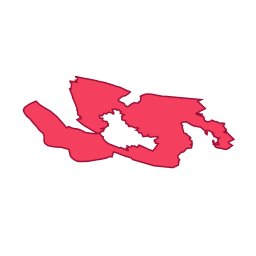 the district of Salaspils pag., Salaspils, Latvia, rotated 12°
{"feature_id": "27541924B60067262699330", "entity_name": "Salaspils pag.", "entity_type": "district", "adm_level": 2, "iso_a3": "LVA", "parent_name": "Latvia", "parent_adm1": "Salaspils", "projection": "natural_earth1", "projection_center": [24.381, 56.873], "detail": "fine", "context": "isolated", "style": "filled", "palette": "rose", "viewbox_px": 256, "rotation_deg": 12, "n_neighbors": 0, "source": "geoboundaries", "source_scale": "gbopen_adm2", "svg_char_len": 5867}
<svg xmlns="http://www.w3.org/2000/svg" viewBox="0 0 256 256"><g transform="rotate(12 128 128)"><path d="M184.8,151.0L184.8,150.9L184.6,149.9L184.4,149.5L185.1,148.7L185.0,148.2L184.0,147.5L183.3,146.9L182.7,145.7L182.7,145.1L182.8,143.9L184.4,142.0L185.0,140.8L187.4,139.8L189.4,136.0L194.2,134.2L194.2,132.4L193.5,131.5L192.9,131.3L193.2,131.0L194.1,130.9L194.1,130.6L193.9,129.7L193.3,128.2L193.4,127.6L191.7,127.1L190.3,125.8L191.4,124.8L191.5,124.7L191.3,124.5L190.6,123.9L187.9,122.8L186.3,121.5L183.7,121.3L180.9,116.0L180.9,114.4L178.7,112.6L179.5,111.3L181.8,110.4L183.6,110.1L184.1,109.9L190.0,111.9L191.5,112.2L192.8,112.3L198.8,112.1L203.0,114.3L204.6,114.7L204.2,115.3L204.4,116.7L205.8,117.8L206.6,118.1L206.6,116.0L206.1,115.8L205.8,115.3L205.7,114.3L205.9,114.0L207.6,113.8L209.0,114.1L212.5,115.3L211.8,116.2L212.2,116.5L213.4,117.1L213.1,117.3L213.9,118.5L214.6,118.3L215.7,118.6L217.3,119.3L218.2,119.2L218.8,118.8L219.3,118.7L219.1,119.1L218.3,120.1L218.2,120.6L218.3,121.0L218.9,122.0L219.2,123.3L217.4,123.7L217.5,124.0L218.2,123.9L219.4,123.9L220.1,125.0L219.4,124.8L219.6,125.4L217.7,125.8L217.6,125.6L216.5,125.2L215.1,124.4L214.4,122.4L213.6,122.8L214.1,124.6L214.6,124.9L214.6,125.1L215.5,125.2L216.3,125.4L216.0,125.7L216.1,125.9L216.0,126.1L215.3,126.1L215.1,126.3L216.7,126.9L216.9,127.3L216.7,127.6L218.1,128.5L219.7,128.6L219.7,128.8L222.2,128.6L222.3,128.5L226.3,128.7L228.9,128.4L230.8,126.5L231.1,126.5L231.1,126.4L231.4,126.3L231.8,125.4L233.8,123.4L229.9,122.0L229.2,120.8L234.0,117.1L225.7,111.9L225.4,112.2L225.0,112.7L222.9,112.0L224.5,111.4L224.7,111.2L223.3,111.1L223.6,110.6L224.2,110.6L224.5,110.4L224.7,109.8L224.3,109.1L223.8,108.5L222.7,108.1L222.3,107.5L222.2,107.2L220.5,106.2L221.6,104.3L221.4,103.5L218.8,103.6L218.7,104.1L217.9,104.3L215.4,103.9L213.4,103.4L211.7,103.7L210.6,103.2L209.2,103.4L208.4,102.9L208.0,103.1L208.0,103.7L205.2,105.3L204.2,105.4L203.4,105.7L203.2,105.3L202.3,104.9L202.0,105.1L200.7,104.0L200.5,103.8L200.6,103.1L200.3,102.3L199.8,101.6L199.4,101.2L198.5,101.0L196.4,101.0L196.2,100.7L195.3,100.7L194.9,100.9L194.3,100.2L193.7,100.5L193.4,100.1L194.7,99.3L197.8,99.8L197.4,99.0L196.8,99.4L196.3,99.4L194.1,99.0L193.8,99.6L192.4,100.5L191.5,99.7L192.6,98.8L194.6,96.9L199.6,92.9L190.6,87.5L193.9,85.0L158.6,89.2L155.7,89.8L151.2,89.9L150.3,90.2L149.8,89.9L147.6,90.1L146.8,90.0L143.6,90.1L142.6,90.2L138.5,91.1L137.7,91.5L134.4,93.5L133.9,94.0L133.6,94.5L134.4,94.8L134.3,95.1L134.5,99.3L133.3,100.0L133.2,101.3L130.9,101.9L128.6,102.0L128.2,102.2L127.9,102.8L127.0,103.5L126.4,103.8L124.8,105.5L125.1,105.9L124.8,106.3L122.7,107.2L120.5,106.6L119.0,104.8L113.4,103.7L113.5,103.5L112.7,102.2L115.0,99.2L116.1,98.1L118.8,96.9L121.2,94.4L122.7,92.4L122.5,92.1L119.0,91.6L112.0,89.9L105.0,89.4L104.8,89.2L104.1,89.1L98.4,88.7L96.8,88.4L89.3,88.5L87.4,88.3L78.7,88.4L73.5,88.6L65.4,88.6L68.3,89.5L68.4,90.0L68.4,91.5L66.6,92.3L67.5,93.0L68.4,93.9L64.4,94.0L61.6,94.2L61.6,94.4L62.5,95.8L63.6,96.0L64.1,101.8L62.8,101.9L67.6,109.3L67.4,109.5L71.1,114.8L74.5,120.0L74.7,120.4L74.2,121.1L75.1,121.7L75.6,123.5L76.2,125.5L79.3,126.6L78.6,127.6L80.3,128.4L78.3,129.6L77.7,129.3L76.3,130.5L82.3,133.7L84.2,134.6L97.0,138.9L99.5,139.6L98.0,140.2L97.1,140.4L92.3,140.9L87.0,141.3L86.9,141.2L84.3,140.4L81.3,139.7L78.4,139.5L75.4,139.7L73.0,139.7L69.6,138.9L67.9,140.6L63.5,137.1L55.9,131.6L48.4,127.6L42.4,125.7L36.8,123.6L32.4,120.9L30.0,122.5L26.4,125.4L22.4,129.7L22.4,130.6L22.1,131.4L22.0,132.4L22.8,133.7L24.0,135.2L25.6,136.7L26.8,137.6L30.0,139.3L35.3,143.5L38.9,146.0L40.5,147.6L42.7,149.1L43.9,149.8L45.0,150.3L46.0,151.0L46.8,151.8L47.6,153.3L48.1,155.3L48.3,156.9L48.8,158.5L49.7,160.1L51.8,161.2L53.6,161.8L54.5,161.9L58.8,161.8L64.9,161.1L66.1,160.7L74.7,161.2L75.3,162.8L76.9,166.3L77.7,167.5L78.9,168.6L79.9,169.3L83.1,170.6L85.3,171.0L86.7,171.0L88.9,170.6L95.3,169.0L96.8,168.5L105.0,165.2L107.5,164.4L112.2,162.2L114.1,161.3L114.6,160.7L115.8,159.9L117.9,159.5L118.3,159.6L118.8,154.4L121.9,154.6L131.1,156.1L137.0,156.5L139.4,157.9L161.2,159.5L180.2,157.4L185.0,153.8L184.8,151.0ZM105.4,132.9L107.6,130.0L108.1,130.1L108.2,129.9L108.2,129.4L107.9,128.3L108.0,128.1L106.7,127.5L106.1,126.6L106.1,126.1L101.7,126.3L101.3,124.3L101.4,123.8L98.1,124.0L97.5,121.6L100.2,121.5L101.6,118.6L104.3,118.7L105.4,116.6L109.2,116.6L109.7,116.8L110.0,117.2L110.3,117.4L111.0,117.2L110.9,116.8L111.0,116.5L110.8,115.8L110.5,115.7L108.7,113.2L112.4,112.0L113.5,112.9L114.7,112.1L116.4,113.0L117.8,113.4L117.3,115.1L120.5,115.6L121.7,115.8L121.5,116.1L120.7,116.1L120.1,117.3L119.6,117.2L119.5,118.7L119.9,119.4L120.3,121.0L120.7,121.3L123.5,121.3L125.0,123.1L125.2,123.3L125.0,124.0L128.0,124.7L127.7,125.4L127.8,125.6L127.9,125.3L129.0,126.3L131.3,125.7L135.0,126.5L136.6,126.0L137.0,125.6L138.3,126.1L136.4,128.4L137.7,128.3L139.6,130.3L140.0,130.5L141.3,130.1L142.6,130.6L144.5,133.3L148.2,132.0L148.6,131.7L148.9,130.9L149.2,130.7L148.8,131.7L148.9,131.8L151.8,132.3L155.8,130.9L156.8,130.8L158.8,130.2L159.4,130.7L159.0,131.2L158.8,131.7L159.2,131.9L158.2,132.9L156.9,133.9L156.8,134.1L156.3,134.4L156.7,135.8L157.9,135.7L158.0,137.1L160.8,137.0L159.1,141.2L157.2,145.2L155.2,145.0L152.2,144.6L144.4,142.7L144.3,142.9L142.4,142.4L142.1,143.0L142.0,142.9L141.8,143.4L142.1,143.4L141.6,144.2L141.4,144.1L140.9,145.1L138.2,144.2L137.6,144.5L135.1,144.7L134.9,145.8L133.0,146.7L132.0,145.8L130.9,145.8L131.7,146.6L131.7,147.3L130.5,148.0L132.8,149.6L132.8,149.9L131.2,149.8L131.3,149.3L130.6,149.3L130.5,149.7L124.7,148.6L124.2,149.4L113.6,147.7L112.0,147.3L110.8,146.9L109.1,146.0L108.1,145.4L106.2,143.9L106.0,143.6L105.4,142.9L105.6,141.8L105.2,141.8L105.1,141.7L103.4,141.0L102.8,140.5L102.2,139.6L101.8,139.3L101.3,139.1L100.7,139.2L100.2,139.4L102.5,137.4L104.7,136.1L104.3,135.2L104.8,134.6L102.2,134.2L103.5,133.5L105.4,132.9Z" fill="#f43f5e" stroke="#9f1239" stroke-width="1.5"/></g></svg>